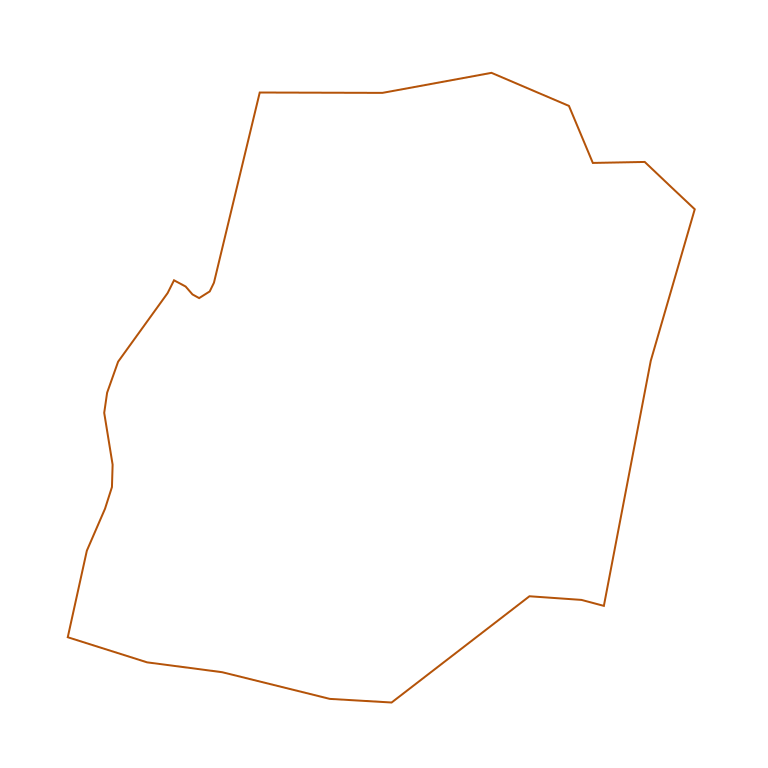 the District of Kasese, rotated 4°
{"feature_id": "UGA-3367", "entity_name": "Kasese", "entity_type": "District", "adm_level": 1, "iso_a3": "UGA", "parent_name": "Uganda", "parent_adm1": "", "projection": "natural_earth1", "projection_center": [29.908, 0.096], "detail": "fine", "context": "isolated", "style": "outline", "palette": "amber", "viewbox_px": 768, "rotation_deg": 4, "n_neighbors": 0, "source": "natural_earth", "source_scale": "10m", "svg_char_len": 543}
<svg xmlns="http://www.w3.org/2000/svg" viewBox="0 0 768 768"><g transform="rotate(4 384 384)"><path d="M193.6,311.2L203.7,303.8L207.3,294.8L239.7,101.9L362.1,93.7L469.5,66.1L549.1,93.7L576.9,148.9L628.6,144.3L656.5,167.3L681.8,188.0L648.5,342.2L618.8,590.0L596.0,585.6L543.9,585.6L413.8,701.2L351.9,701.9L242.7,682.8L167.1,678.2L86.2,658.7L99.2,571.0L114.4,527.9L119.8,505.8L118.9,483.4L106.9,432.3L108.4,412.0L117.2,380.3L161.8,308.4L167.3,295.2L179.3,300.6L186.7,308.0L193.6,311.2Z" fill="none" stroke="#b45309" stroke-width="2"/></g></svg>